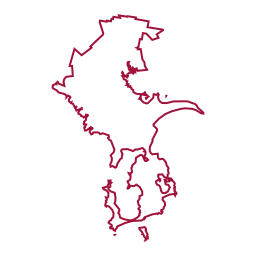 Clarence, Tasmania, Australia
{"feature_id": "25037944B57151940201314", "entity_name": "Clarence", "entity_type": "district", "adm_level": 2, "iso_a3": "AUS", "parent_name": "Australia", "parent_adm1": "Tasmania", "projection": "natural_earth1", "projection_center": [147.457, -42.874], "detail": "fine", "context": "isolated", "style": "outline", "palette": "rose", "viewbox_px": 256, "rotation_deg": 0, "n_neighbors": 0, "source": "geoboundaries", "source_scale": "gbopen_adm2", "svg_char_len": 5875}
<svg xmlns="http://www.w3.org/2000/svg" viewBox="0 0 256 256"><path d="M57.6,81.8L56.1,83.3L56.1,83.5L56.4,84.0L56.4,84.3L55.4,84.0L52.8,85.3L52.6,87.5L53.4,88.6L57.0,90.5L58.4,92.4L64.7,94.1L66.6,95.9L66.5,97.2L67.8,95.6L70.1,96.6L70.4,97.5L69.0,99.2L68.9,101.3L70.6,102.6L71.4,102.2L71.2,103.2L73.1,103.9L74.7,107.3L77.0,106.3L75.3,108.2L76.4,110.6L81.4,108.4L82.4,107.2L81.3,108.5L81.7,109.1L80.0,109.7L78.2,112.8L78.5,113.8L80.7,114.7L81.2,116.2L83.1,116.5L83.9,117.5L86.1,115.7L86.1,114.7L87.7,114.9L87.9,115.5L86.1,117.7L85.9,120.0L84.0,121.8L84.5,123.3L83.7,123.7L83.9,124.4L86.1,124.6L85.3,125.8L85.3,126.9L84.2,127.4L84.9,130.5L86.5,130.4L89.6,128.0L90.4,128.4L90.9,127.2L92.2,127.9L91.9,128.6L92.4,128.5L92.5,128.7L89.9,130.2L89.7,132.1L91.3,134.4L92.8,133.7L93.2,132.5L96.8,132.3L99.2,132.8L100.2,134.2L102.8,133.3L108.7,135.4L109.0,137.1L108.0,137.9L108.8,139.4L111.0,140.8L114.4,149.5L113.7,152.3L110.7,155.3L111.9,158.3L111.7,161.1L110.2,164.6L110.6,166.7L112.7,166.0L115.2,167.7L116.3,167.2L117.3,163.9L119.3,160.6L120.5,158.9L121.7,158.3L122.0,155.1L122.6,154.2L121.1,151.2L121.5,149.9L122.5,149.3L127.7,149.1L133.1,151.1L135.4,149.4L137.2,149.6L142.5,148.0L144.8,150.2L144.9,151.0L144.3,151.5L145.4,151.8L145.6,154.0L144.7,155.5L144.8,157.2L145.5,158.4L146.6,158.3L148.1,159.9L146.6,161.0L144.9,160.8L142.7,155.9L141.6,155.0L140.4,155.0L136.0,157.8L135.6,162.3L132.2,165.4L132.2,166.8L131.4,167.8L132.0,172.2L130.7,173.5L128.7,173.1L129.6,174.9L130.6,175.4L130.4,178.6L129.7,180.1L127.5,181.4L129.0,184.6L127.2,189.3L127.7,188.5L128.9,188.2L130.4,185.7L134.0,186.2L136.3,184.6L139.7,187.0L142.2,191.5L142.3,194.8L139.5,196.3L139.6,198.8L137.8,201.3L138.6,204.8L139.6,205.6L139.9,206.8L138.4,208.9L140.0,210.4L139.7,211.6L140.2,212.5L139.3,214.0L139.6,215.1L137.8,217.1L134.1,219.5L130.3,220.5L123.6,219.1L120.2,217.6L119.3,214.1L118.3,213.0L119.4,210.3L119.2,209.2L114.5,203.4L115.3,201.3L115.5,198.0L114.7,192.8L110.4,191.3L108.3,188.9L108.5,187.4L110.4,186.7L110.2,183.5L111.4,182.7L110.2,181.9L110.5,180.5L108.4,180.6L108.8,183.1L107.2,186.6L102.9,187.8L103.5,189.1L106.9,190.8L108.4,192.9L108.3,196.9L107.3,197.8L105.9,197.4L106.8,199.8L105.8,200.8L106.4,202.1L105.6,203.0L105.2,205.6L106.3,206.6L106.9,205.9L108.8,206.4L110.3,207.7L112.3,210.0L113.6,213.4L113.2,217.5L112.0,218.2L111.0,220.3L109.5,220.8L108.5,222.7L111.7,225.1L111.8,226.5L110.0,227.3L110.4,228.4L113.1,228.5L113.6,230.2L115.1,230.7L115.1,229.9L116.9,227.9L117.0,226.6L125.3,222.9L132.3,221.0L141.6,220.5L143.2,219.3L143.9,219.4L144.0,218.2L144.9,218.2L144.8,217.2L152.2,214.4L157.2,213.5L157.7,214.0L158.8,212.9L161.4,213.8L162.5,212.0L161.1,211.1L161.3,210.0L162.7,209.7L163.6,208.5L163.6,207.6L165.1,205.2L164.6,202.1L162.6,199.8L162.8,197.6L169.5,194.6L174.1,193.9L175.0,195.3L175.2,194.1L175.8,194.5L176.5,193.8L176.2,192.5L174.6,191.5L175.0,190.1L174.4,189.9L174.2,187.9L175.0,187.8L175.1,186.9L174.2,185.5L174.8,183.5L173.6,181.6L172.0,180.6L172.1,179.8L171.0,178.4L170.2,178.4L170.3,180.4L169.2,181.3L166.6,181.6L166.0,181.1L165.9,179.8L164.6,179.9L165.7,184.3L168.3,184.9L169.8,187.3L167.8,191.6L165.0,193.2L162.4,192.9L161.3,191.3L160.1,186.7L158.9,185.3L157.0,184.6L156.2,183.0L156.0,181.4L157.5,180.2L158.8,179.9L159.8,181.2L160.3,180.8L160.3,179.2L158.9,178.5L158.1,176.2L158.3,174.7L159.0,174.4L159.5,174.3L158.8,174.6L162.4,174.4L164.5,177.3L167.0,177.8L169.0,180.0L169.6,179.7L167.5,177.1L167.6,174.7L168.7,173.4L167.9,169.9L168.6,168.2L166.6,165.2L165.9,162.3L163.5,159.3L161.9,158.7L159.9,159.4L158.7,158.7L157.9,157.1L157.7,153.7L152.4,154.3L150.7,153.0L149.7,150.8L149.9,147.0L152.6,141.1L152.4,139.6L157.1,130.6L156.8,128.7L153.7,125.8L153.4,124.5L158.9,118.7L165.3,114.1L171.7,111.3L180.7,108.9L185.1,108.3L192.6,108.9L196.1,110.2L201.2,113.3L203.4,113.6L203.3,112.6L197.8,107.7L196.6,105.3L195.2,104.1L187.5,101.3L173.5,101.4L166.7,103.1L162.2,103.0L160.2,101.8L158.6,99.4L158.0,96.8L158.7,94.6L158.0,93.5L156.4,94.9L153.7,94.2L153.2,97.9L148.0,103.0L146.8,103.5L143.5,102.4L141.3,100.2L140.6,97.9L140.0,97.8L139.5,99.0L139.2,98.9L140.0,97.7L140.8,97.6L140.5,96.0L141.8,94.4L147.4,95.6L144.7,93.2L145.1,92.4L145.4,91.5L144.6,92.9L142.9,93.7L143.8,93.6L141.0,94.2L136.5,93.8L133.5,92.2L133.1,89.9L131.5,89.1L131.3,87.6L130.0,87.2L130.2,86.2L128.1,86.6L128.0,85.1L126.9,85.0L128.3,84.1L126.7,83.1L127.3,81.3L126.4,81.1L126.1,80.1L123.6,79.1L123.5,77.6L122.5,76.2L123.9,76.3L123.1,75.5L123.1,73.8L122.0,73.0L122.4,72.1L123.2,73.2L123.7,75.3L126.0,75.8L127.1,77.4L128.1,75.9L127.4,74.4L128.6,73.2L131.5,72.3L133.1,73.6L132.8,74.1L133.4,73.7L132.7,72.3L129.7,70.7L128.7,68.8L128.7,67.2L127.8,65.7L127.4,63.1L128.3,61.8L129.1,62.0L128.4,63.0L129.2,66.2L129.8,67.2L129.7,66.2L129.8,66.1L130.0,66.0L131.1,68.7L132.4,68.6L132.8,67.7L133.7,68.9L136.2,69.8L136.4,69.2L135.5,68.8L136.7,68.4L137.7,70.8L147.1,69.8L144.9,66.1L144.4,62.3L142.4,59.3L140.7,49.1L137.9,49.3L138.3,48.3L136.8,47.7L138.4,47.0L139.9,39.1L141.9,39.4L142.9,33.1L146.4,33.7L152.3,39.9L158.5,37.8L156.7,34.3L162.9,30.3L162.7,29.6L147.5,27.2L148.7,21.4L135.4,19.0L135.9,17.5L127.5,16.2L127.3,16.7L119.0,15.4L120.1,17.8L113.4,16.8L113.0,19.1L111.5,18.9L110.9,21.3L106.9,20.7L106.7,21.7L100.0,20.6L99.7,22.2L103.3,33.5L103.0,34.6L90.9,46.0L90.4,46.6L91.5,47.7L81.6,55.2L74.5,48.9L69.6,65.9L72.1,66.0L72.8,76.0L66.3,76.8L64.3,79.0L63.5,81.7L64.4,85.9L58.8,83.7L57.6,81.8ZM147.6,234.6L145.6,230.4L146.1,230.0L145.6,228.1L144.7,227.1L139.3,228.0L139.6,229.3L142.2,232.3L142.7,233.4L142.3,234.2L143.3,234.6L144.3,236.8L146.5,239.2L147.0,237.9L147.8,238.2L147.8,236.6L147.0,235.9L147.6,234.6ZM130.6,70.4L135.1,72.2L134.8,71.3L136.0,70.6L132.4,69.2L130.4,69.8L130.6,70.4ZM146.2,98.7L147.1,97.7L145.9,97.9L146.2,98.7ZM114.0,235.6L114.7,234.9L114.4,234.9L114.0,235.6ZM145.1,240.6L145.6,240.6L145.2,240.4L145.1,240.6ZM166.2,95.9L166.4,95.6L166.1,95.1L166.2,95.9Z" fill="none" stroke="#9f1239" stroke-width="2"/></svg>